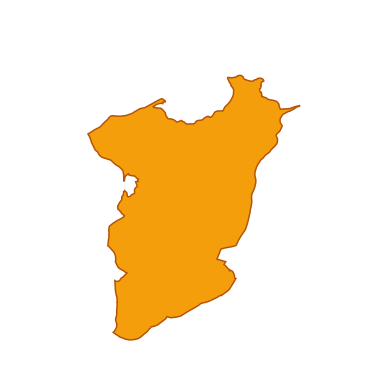 the district of Papiu Ilarian, Mures, Romania, rotated 152°
{"feature_id": "2599482B30644499185341", "entity_name": "Papiu Ilarian", "entity_type": "district", "adm_level": 2, "iso_a3": "ROU", "parent_name": "Romania", "parent_adm1": "Mures", "projection": "equal_earth", "projection_center": [24.217, 46.568], "detail": "fine", "context": "isolated", "style": "filled", "palette": "amber", "viewbox_px": 384, "rotation_deg": 152, "n_neighbors": 0, "source": "geoboundaries", "source_scale": "gbopen_adm2", "svg_char_len": 5971}
<svg xmlns="http://www.w3.org/2000/svg" viewBox="0 0 384 384"><g transform="rotate(152 192 192)"><path d="M174.7,288.6L177.1,288.8L182.9,288.8L184.5,288.7L194.0,288.6L195.5,289.0L197.8,289.8L199.3,290.0L206.2,289.7L207.5,289.5L209.0,289.6L212.1,290.2L213.5,290.3L217.5,291.7L219.7,292.6L221.3,293.4L223.1,294.5L226.2,296.6L226.9,297.0L228.9,297.1L231.4,296.2L232.5,295.6L234.2,295.3L240.4,293.4L241.4,292.9L242.3,292.7L244.0,292.6L248.8,292.7L255.0,292.1L256.5,292.2L256.7,291.1L256.5,289.2L257.1,284.3L257.5,282.7L257.6,279.4L257.7,274.3L256.6,271.8L256.5,271.3L256.6,269.3L256.6,268.5L255.6,265.8L255.1,264.8L248.8,258.3L246.6,252.0L244.6,248.7L243.4,245.4L243.1,243.4L243.1,242.9L243.2,242.3L244.5,238.7L245.4,236.8L247.1,233.8L246.7,233.5L246.3,233.8L244.8,235.9L243.7,237.1L239.7,238.1L239.4,236.9L239.6,236.3L236.4,233.9L235.1,232.8L234.7,232.1L234.3,230.1L234.0,229.2L233.3,228.7L234.9,227.3L234.8,226.7L236.1,227.3L236.9,227.6L237.2,226.2L237.4,223.2L238.3,222.6L239.8,222.2L241.2,221.5L242.1,220.4L242.8,218.8L243.5,217.8L246.8,217.9L248.1,217.3L248.9,217.2L250.6,217.6L251.0,218.5L250.9,219.2L250.5,219.9L249.9,222.1L250.9,224.9L252.5,224.2L253.2,222.7L254.7,221.4L256.2,220.7L257.2,219.1L257.3,218.8L257.6,218.3L259.6,217.2L261.0,216.7L262.5,215.5L264.3,214.4L264.4,214.2L264.6,213.3L265.0,213.0L265.2,212.6L265.4,211.2L265.0,211.0L264.7,209.0L264.2,208.5L264.2,207.5L264.3,206.4L263.6,205.0L262.8,202.8L264.3,202.1L265.5,201.9L269.6,201.8L272.0,201.9L274.1,201.6L275.7,201.6L279.7,200.8L281.0,200.6L282.4,198.9L283.3,197.6L283.8,196.7L284.2,195.2L285.2,193.8L286.7,190.8L287.6,189.8L291.0,185.0L291.4,184.2L291.5,184.0L291.5,183.6L291.0,183.1L289.3,176.0L289.2,174.6L289.2,173.4L289.8,170.9L291.0,168.3L291.9,166.9L292.4,166.4L292.5,165.9L292.5,163.9L292.6,162.4L292.5,160.0L291.8,158.1L289.8,155.1L289.3,154.3L288.3,152.2L287.5,151.0L287.6,150.8L289.5,150.5L292.3,149.5L295.0,149.2L295.8,148.8L296.9,148.1L297.7,147.8L298.6,147.8L299.8,148.1L300.7,148.6L301.6,149.6L301.7,150.0L301.9,149.8L302.6,147.9L303.7,145.8L304.7,143.4L305.3,142.4L305.8,140.9L306.3,139.8L307.4,136.1L307.3,135.8L308.2,133.2L309.7,129.9L310.0,130.0L310.1,129.9L310.2,129.6L310.1,129.1L314.3,122.4L316.2,118.9L317.0,117.9L318.3,116.7L319.4,115.2L319.7,114.4L320.0,112.6L320.4,110.9L321.5,108.6L323.5,107.0L325.1,106.0L325.8,105.6L327.5,105.1L326.9,104.0L326.0,102.0L324.5,99.3L323.7,97.7L321.7,95.6L319.9,93.3L316.9,91.0L315.1,90.0L311.0,88.4L308.2,87.9L307.2,87.9L305.5,88.0L302.7,88.6L301.7,88.9L297.1,89.8L296.6,90.0L295.1,90.7L292.8,91.4L291.3,92.1L290.9,92.1L289.8,91.5L287.9,91.1L284.5,90.8L274.9,92.4L272.8,93.3L272.5,93.7L270.5,91.6L269.7,90.9L264.9,89.0L263.3,88.5L259.8,87.8L258.9,87.8L258.0,88.0L252.0,88.4L241.5,88.7L239.3,88.9L237.7,89.2L236.5,89.3L235.9,89.3L230.6,87.9L227.3,87.5L220.6,87.2L219.5,87.1L217.9,87.3L216.8,87.4L215.8,87.3L215.5,87.2L215.3,87.0L214.0,87.2L213.9,86.9L206.1,88.1L205.0,88.4L199.2,91.7L193.8,95.0L194.1,95.5L194.7,96.1L193.6,98.8L193.4,100.9L193.4,102.4L193.7,103.3L195.6,106.1L195.8,105.7L195.9,106.7L196.9,110.5L197.3,112.0L197.8,113.0L194.9,114.6L201.5,121.0L193.2,128.0L189.4,127.2L185.4,126.0L182.6,125.0L178.8,124.2L178.3,124.2L177.3,124.5L176.8,125.1L174.2,127.2L168.6,130.6L162.9,133.5L161.1,135.0L156.8,139.3L150.8,146.2L148.7,149.1L146.8,151.2L145.5,153.0L143.8,155.2L142.1,159.0L141.5,160.2L140.1,162.0L139.5,162.6L139.0,162.9L135.9,165.3L134.4,166.7L131.9,169.6L131.0,170.7L130.2,172.3L129.6,173.7L129.3,175.1L128.7,177.0L128.3,177.9L127.2,179.8L126.3,180.8L123.4,183.6L122.1,184.6L119.9,186.0L118.1,186.9L116.5,187.9L114.8,188.3L112.6,188.9L110.3,189.9L104.6,190.9L102.3,192.1L99.9,192.9L98.0,193.4L95.3,194.4L94.0,195.2L92.6,196.8L92.0,197.9L91.7,198.5L91.4,199.6L91.3,202.1L91.1,202.7L90.5,203.1L85.8,204.6L82.1,207.3L81.3,208.1L81.3,208.9L81.5,211.3L81.3,212.4L80.4,214.4L79.0,216.0L77.7,216.5L75.9,217.6L75.3,217.8L74.7,217.9L71.7,217.8L70.0,217.9L67.8,217.5L67.0,217.4L66.2,217.5L63.2,217.4L61.7,217.7L60.0,217.8L58.7,217.7L56.9,217.3L56.6,217.5L56.5,217.8L59.7,218.7L66.9,219.9L71.3,221.9L74.8,223.5L75.1,223.8L75.1,224.3L74.8,226.8L74.1,228.6L74.1,229.6L74.5,231.2L74.7,232.1L76.6,234.3L78.7,235.9L81.6,238.4L82.3,240.2L85.5,243.7L85.2,244.1L85.2,244.5L84.8,244.8L84.6,245.3L84.7,246.2L84.6,246.4L84.3,246.6L84.0,247.2L84.0,247.6L84.7,248.0L84.6,250.1L84.4,250.6L83.8,251.3L83.0,251.3L81.9,252.3L81.4,252.9L81.1,253.3L80.9,253.8L81.0,254.2L80.5,254.6L80.3,254.8L80.2,255.2L79.5,256.0L78.3,256.3L76.6,256.2L76.4,256.6L76.3,257.5L76.7,258.8L77.6,260.0L79.5,261.1L80.1,261.1L80.7,261.4L81.1,261.4L81.7,261.1L82.1,261.2L82.6,261.1L83.2,261.4L84.1,261.6L86.4,261.4L86.8,261.5L87.5,261.9L87.7,262.1L88.4,262.6L89.6,263.5L90.6,264.6L91.2,265.1L92.8,267.1L92.9,267.5L93.0,269.0L92.8,269.4L92.8,269.7L93.5,271.2L93.9,271.8L94.2,272.0L95.7,272.8L96.3,273.0L98.1,273.1L99.1,272.7L100.2,273.3L101.0,273.5L102.3,273.7L103.8,274.3L104.3,274.9L106.4,276.3L106.9,276.2L107.2,275.5L107.3,273.1L107.5,271.8L107.2,270.1L107.2,269.3L107.6,267.6L107.1,264.7L107.1,263.2L107.9,261.5L109.7,258.6L110.8,257.5L113.1,255.8L116.0,254.0L118.7,252.9L120.1,252.5L121.5,252.2L123.2,251.5L124.2,250.9L126.5,249.1L130.7,251.1L131.2,251.5L133.3,251.8L134.4,251.8L135.0,251.6L135.6,251.1L135.9,250.8L136.5,250.4L138.2,249.8L139.5,249.0L140.8,249.4L141.3,249.7L141.4,250.4L141.9,251.0L143.1,251.6L147.2,251.4L149.0,250.8L149.4,250.8L149.9,251.1L153.3,252.4L154.4,252.5L155.1,252.5L157.3,251.4L158.1,251.4L158.8,251.5L161.1,252.7L162.7,253.4L164.1,254.1L164.7,254.5L165.5,255.7L165.9,257.1L167.0,258.5L167.3,259.2L167.4,259.7L168.0,260.3L169.5,260.3L172.4,260.8L172.6,260.9L173.7,263.4L174.8,265.1L175.6,265.7L176.3,266.5L178.4,267.6L178.7,268.0L179.1,271.4L179.0,272.3L178.4,274.6L179.3,278.6L180.3,280.7L181.2,281.3L182.2,281.7L185.1,284.0L186.0,284.6L186.2,285.1L186.2,285.6L182.5,285.9L180.5,285.7L178.3,285.1L177.3,284.6L176.3,283.7L175.0,285.1L173.5,284.1L172.9,284.8L173.7,286.8L174.7,288.6Z" fill="#f59e0b" stroke="#b45309" stroke-width="1.5"/></g></svg>